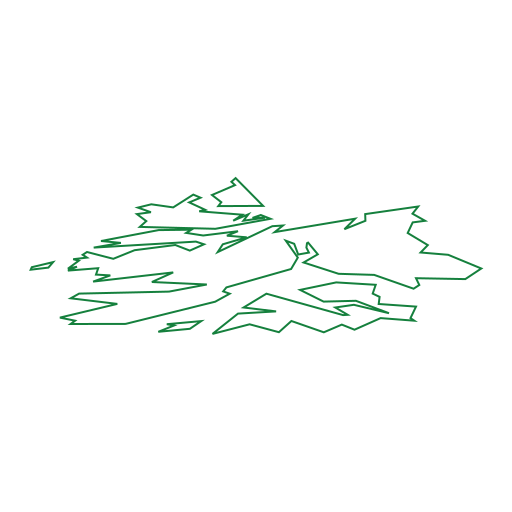 outline of Steigen nor, Nordland, Norway
{"feature_id": "86288312B1701312811751", "entity_name": "Steigen nor", "entity_type": "district", "adm_level": 2, "iso_a3": "NOR", "parent_name": "Norway", "parent_adm1": "Nordland", "projection": "equal_earth", "projection_center": [15.214, 67.838], "detail": "medium", "context": "isolated", "style": "outline", "palette": "green", "viewbox_px": 512, "rotation_deg": 0, "n_neighbors": 0, "source": "geoboundaries", "source_scale": "gbopen_adm2", "svg_char_len": 1898}
<svg xmlns="http://www.w3.org/2000/svg" viewBox="0 0 512 512"><path d="M465.3,279.1L481.3,268.5L448.2,254.8L420.6,252.5L427.8,245.1L407.7,233.0L412.7,222.4L425.1,220.8L412.5,213.7L418.2,206.5L365.2,214.1L365.4,220.8L344.4,229.2L355.1,218.7L274.7,232.1L283.0,225.5L272.3,226.2L217.7,252.1L222.8,244.3L246.7,237.3L226.9,235.7L238.0,231.2L203.2,235.5L186.2,232.9L191.4,229.7L158.6,230.1L101.0,241.0L120.9,242.9L93.7,247.6L195.9,241.6L204.0,244.3L189.8,250.6L175.3,245.0L134.6,250.2L113.3,258.8L87.0,252.0L82.7,254.8L87.0,257.6L73.2,259.2L78.8,260.7L67.9,268.7L77.0,266.7L67.9,270.6L98.2,268.2L96.0,274.6L110.3,275.4L93.1,281.6L173.2,272.4L151.9,282.0L206.8,284.5L169.0,291.6L79.1,293.6L70.7,298.3L117.3,303.9L59.9,317.6L75.1,320.7L70.6,324.0L125.6,323.9L215.2,301.7L229.7,293.7L223.2,291.4L226.4,287.4L291.1,269.0L297.8,257.6L285.8,240.7L294.2,243.8L298.2,254.5L308.9,252.6L306.4,247.6L307.0,243.2L308.1,242.6L317.8,254.3L303.6,262.5L338.6,273.8L374.2,274.9L413.6,288.7L419.3,285.0L416.0,278.2L465.3,279.1ZM375.7,284.8L336.2,282.4L300.1,289.9L323.6,301.6L355.9,300.8L389.0,313.2L353.9,304.8L335.3,307.5L347.7,314.8L343.1,315.1L266.4,293.7L243.6,307.5L276.1,311.4L238.0,313.6L212.5,333.9L249.6,324.3L278.9,332.2L291.4,321.0L323.8,332.3L341.8,324.6L354.5,329.7L380.6,318.1L414.3,320.7L410.5,318.1L416.0,306.6L378.7,304.0L379.6,296.9L372.7,293.6L375.7,284.8ZM193.3,194.6L173.2,207.4L151.3,204.3L137.9,207.6L150.9,212.2L136.9,214.1L146.3,221.1L139.8,226.9L215.4,228.8L270.5,218.8L260.8,215.0L252.5,217.9L264.9,217.7L243.4,220.7L248.4,214.3L233.2,220.7L242.3,214.7L199.2,211.3L205.2,209.8L189.2,202.4L200.5,197.7L193.3,194.6ZM235.6,178.1L231.4,181.8L235.0,185.1L212.0,195.0L221.3,202.2L218.3,206.1L263.1,205.9L235.6,178.1ZM201.2,321.1L166.8,324.2L174.0,325.5L158.3,331.8L189.9,328.8L201.2,321.1ZM53.1,262.1L31.8,267.2L30.7,269.7L48.4,267.6L53.1,262.1Z" fill="none" stroke="#15803d" stroke-width="2"/></svg>